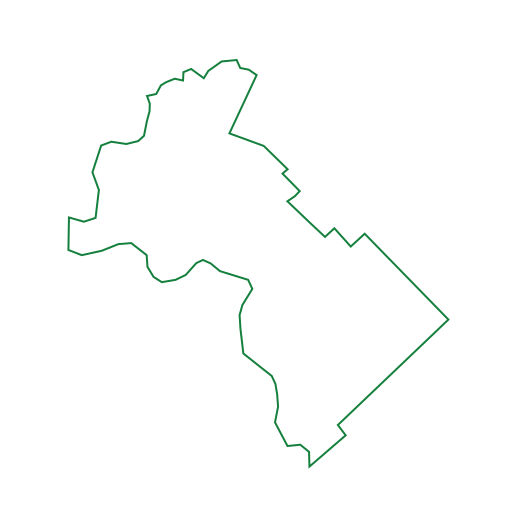 outline of Dona Francisca, Rio Grande do Sul, Brazil, rotated 135°
{"feature_id": "56859067B48007272498285", "entity_name": "Dona Francisca", "entity_type": "district", "adm_level": 2, "iso_a3": "BRA", "parent_name": "Brazil", "parent_adm1": "Rio Grande do Sul", "projection": "orthographic", "projection_center": [-53.341, -29.561], "detail": "fine", "context": "isolated", "style": "outline", "palette": "green", "viewbox_px": 512, "rotation_deg": 135, "n_neighbors": 0, "source": "geoboundaries", "source_scale": "gbopen_adm2", "svg_char_len": 1057}
<svg xmlns="http://www.w3.org/2000/svg" viewBox="0 0 512 512"><g transform="rotate(135 256 256)"><path d="M367.1,69.3L319.4,65.8L317.6,78.6L233.3,76.6L164.9,75.0L163.4,194.9L182.3,195.7L181.0,220.2L193.7,220.7L194.4,242.0L195.1,272.5L186.1,270.8L179.2,271.0L179.0,295.5L172.3,295.0L172.7,328.4L188.1,361.5L127.6,383.5L129.4,392.9L134.2,400.1L131.1,408.3L142.8,417.9L158.9,420.6L167.2,418.6L169.6,434.1L177.3,437.3L183.5,431.7L188.1,438.8L196.5,442.4L202.6,443.9L212.0,441.1L219.9,446.2L223.4,438.8L228.8,433.7L237.8,428.5L250.2,420.2L258.1,420.6L268.5,426.9L277.5,439.1L287.4,443.6L312.5,430.8L320.4,413.8L342.5,396.4L353.5,402.0L361.0,415.5L384.4,392.9L378.6,379.8L361.4,368.8L344.9,361.7L335.1,353.4L332.7,333.9L340.4,325.1L343.2,313.7L341.1,304.1L329.7,296.0L319.1,292.3L303.2,293.2L296.3,290.7L293.3,282.8L292.2,270.8L278.4,244.7L281.9,235.3L300.2,231.0L309.4,225.8L318.4,215.6L333.9,196.0L329.7,160.0L332.8,151.7L338.7,143.4L347.0,133.8L360.2,124.9L368.1,99.4L358.1,91.2L357.0,80.0L367.1,69.3Z" fill="none" stroke="#15803d" stroke-width="2"/></g></svg>